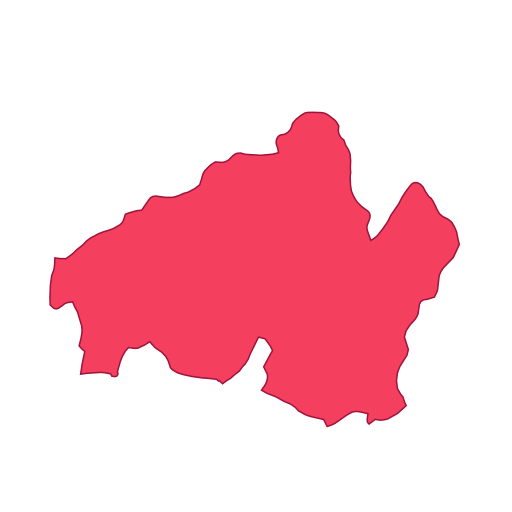 the border of Bulgan, rotated 103°
{"feature_id": "MNG-3323", "entity_name": "Bulgan", "entity_type": "Province", "adm_level": 1, "iso_a3": "MNG", "parent_name": "Mongolia", "parent_adm1": "", "projection": "robinson", "projection_center": [103.32, 48.825], "detail": "fine", "context": "isolated", "style": "filled", "palette": "rose", "viewbox_px": 512, "rotation_deg": 103, "n_neighbors": 0, "source": "natural_earth", "source_scale": "10m", "svg_char_len": 3674}
<svg xmlns="http://www.w3.org/2000/svg" viewBox="0 0 512 512"><g transform="rotate(103 256 256)"><path d="M199.2,60.5L213.1,63.4L225.3,70.7L229.2,72.2L233.7,73.1L249.0,71.4L255.9,72.9L259.7,79.4L261.0,82.9L263.3,85.1L266.2,85.9L276.0,85.1L279.1,85.7L282.5,87.0L288.4,90.4L295.0,92.9L301.5,93.2L312.9,86.5L318.8,86.6L331.4,91.0L337.8,91.9L345.8,91.1L353.3,88.4L358.1,84.0L360.2,81.2L365.3,78.1L368.0,76.0L377.6,82.7L385.0,90.9L386.1,92.8L387.7,96.8L388.1,98.9L388.4,103.1L394.3,108.0L393.7,109.0L392.8,110.0L391.1,110.7L389.0,111.1L384.5,111.4L384.4,118.2L384.7,122.1L385.3,124.7L386.5,127.2L390.3,131.5L401.3,141.4L403.6,144.3L406.1,148.3L400.1,153.3L400.1,166.3L399.8,170.5L399.3,173.1L397.3,179.8L394.7,183.6L392.7,188.4L391.2,196.5L388.7,205.0L387.3,214.4L385.5,220.5L380.6,218.5L378.1,217.7L374.1,217.3L371.5,217.5L369.1,218.2L368.1,218.8L362.3,223.6L348.2,219.8L344.5,218.6L340.5,221.8L334.6,228.6L334.5,235.3L352.7,239.6L358.3,240.4L364.1,242.5L367.4,244.5L371.7,246.2L376.3,250.0L380.8,253.2L384.2,256.7L388.0,259.8L387.5,260.6L386.7,262.3L385.6,263.6L386.3,264.4L385.0,266.6L386.0,275.4L386.8,280.3L387.8,291.3L387.9,300.8L387.5,306.0L385.8,311.5L384.7,313.5L383.9,314.4L378.4,317.6L374.3,321.1L370.9,326.3L368.6,332.2L367.4,334.6L363.4,340.3L367.6,344.3L372.4,350.4L373.3,353.1L373.9,359.6L378.0,361.9L384.0,363.7L389.6,364.5L400.0,365.0L400.8,364.4L402.0,364.0L403.4,364.2L404.1,364.5L404.7,365.1L405.3,366.4L405.5,369.5L403.5,371.2L403.8,377.4L404.3,381.0L408.4,394.7L410.6,400.3L400.4,401.1L387.4,401.4L386.1,404.2L383.4,408.1L375.4,408.0L370.3,408.3L367.8,408.7L363.4,410.1L350.6,417.4L346.6,421.0L341.9,424.4L343.8,429.1L344.7,430.7L346.1,432.2L348.3,433.9L351.4,436.8L352.3,438.3L352.6,439.9L352.3,441.6L349.9,445.6L342.6,447.5L330.4,449.8L321.9,450.6L319.6,450.5L316.2,450.0L313.9,449.9L310.4,450.2L303.1,451.5L302.6,446.4L301.4,440.6L294.7,434.9L290.4,432.2L284.1,427.2L279.6,424.6L275.5,421.1L272.3,417.3L269.8,414.6L266.7,410.0L264.3,405.7L261.3,401.1L256.3,395.7L254.0,394.1L251.9,393.4L249.4,393.0L244.7,392.7L242.4,389.2L239.1,383.2L238.3,381.4L237.1,377.7L231.5,375.5L224.8,372.8L222.9,371.8L221.3,370.1L220.8,369.1L220.1,367.0L219.3,357.8L217.9,351.5L216.7,348.5L214.0,344.1L211.3,340.6L209.2,336.7L204.2,330.9L199.4,326.9L193.6,326.4L188.8,326.2L186.6,325.8L184.4,325.1L177.9,321.0L176.4,319.7L173.5,316.8L172.4,309.9L170.9,306.8L168.5,304.2L163.8,301.3L162.0,299.9L160.6,298.3L159.8,296.5L159.1,293.8L159.3,290.2L159.2,288.4L156.8,274.0L153.1,262.8L150.3,257.3L146.0,259.1L142.2,261.5L139.2,262.2L137.0,262.1L135.1,261.5L133.4,260.5L132.4,259.0L131.4,256.5L130.4,254.8L127.8,252.4L125.6,251.2L124.5,250.8L122.1,250.4L118.3,250.1L113.6,247.6L111.5,245.9L109.4,244.3L105.8,240.7L104.6,238.3L103.4,233.7L103.2,232.8L101.6,224.7L101.4,221.6L101.7,219.5L102.4,217.4L105.9,209.7L107.4,207.7L110.7,204.6L114.8,204.1L116.4,203.6L118.6,202.5L121.3,200.1L122.4,198.3L123.2,196.5L127.8,193.6L131.6,189.9L133.5,188.5L135.7,187.2L141.5,185.3L148.7,183.9L153.5,182.5L157.5,182.1L165.5,179.9L169.9,178.2L171.8,177.3L176.1,174.1L180.0,170.4L181.1,168.9L184.0,164.3L187.1,157.1L188.2,155.6L189.0,154.9L191.0,153.9L193.0,153.6L194.9,153.7L200.3,154.5L202.5,154.5L203.7,154.3L206.9,152.8L215.0,147.6L211.6,144.3L208.7,142.2L200.8,138.5L192.9,135.4L185.8,133.7L173.2,128.7L165.2,126.7L157.2,123.6L151.8,121.0L150.2,120.0L149.3,118.8L148.8,117.9L148.4,115.9L148.5,113.9L149.3,111.6L151.3,108.6L155.3,105.2L159.7,100.4L160.1,98.7L162.8,95.8L165.3,93.8L167.2,92.1L169.4,90.6L172.7,87.6L173.7,86.5L175.6,82.8L176.8,77.7L177.4,76.2L178.6,73.7L179.4,72.5L183.2,69.0L187.5,65.9L193.7,63.2L199.1,60.5L199.2,60.5Z" fill="#f43f5e" stroke="#9f1239" stroke-width="1.5"/></g></svg>